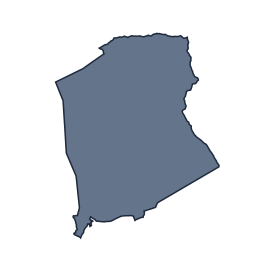 outline of San Antonio Huitepec, Oaxaca, Mexico, rotated 341°
{"feature_id": "50627088B88102129443376", "entity_name": "San Antonio Huitepec", "entity_type": "district", "adm_level": 2, "iso_a3": "MEX", "parent_name": "Mexico", "parent_adm1": "Oaxaca", "projection": "robinson", "projection_center": [-97.134, 16.922], "detail": "fine", "context": "isolated", "style": "filled", "palette": "slate", "viewbox_px": 256, "rotation_deg": 341, "n_neighbors": 0, "source": "geoboundaries", "source_scale": "gbopen_adm2", "svg_char_len": 4617}
<svg xmlns="http://www.w3.org/2000/svg" viewBox="0 0 256 256"><g transform="rotate(341 128 128)"><path d="M61.5,131.7L63.3,156.5L56.1,187.7L51.8,194.0L51.3,194.3L50.8,194.0L50.3,193.8L49.6,193.9L48.9,193.8L48.3,193.4L47.9,193.2L47.5,193.5L47.3,193.9L47.2,194.4L47.2,194.6L47.1,194.9L47.9,196.4L48.0,197.2L47.9,198.0L47.9,198.6L47.9,199.6L47.8,200.6L47.7,201.3L47.7,202.5L47.4,203.4L47.3,203.9L47.0,204.6L46.9,205.1L47.0,205.8L47.1,206.6L47.2,207.3L46.4,207.6L45.7,207.8L45.3,208.2L45.0,208.6L44.7,208.9L44.6,209.4L44.4,209.7L44.3,210.0L43.7,209.8L43.2,209.9L42.8,209.9L42.5,210.1L42.4,210.6L42.4,210.9L42.6,211.3L42.9,211.7L43.2,211.9L43.6,212.2L43.9,212.4L44.2,212.7L44.5,213.1L44.6,213.4L44.9,213.7L45.1,213.7L45.3,213.9L45.8,214.4L46.1,214.6L46.6,215.0L46.9,215.5L47.1,215.8L47.3,216.2L47.4,216.5L50.0,213.5L50.4,213.4L50.8,213.2L51.1,213.0L51.6,212.6L52.1,212.2L52.4,211.5L52.7,210.9L53.3,210.2L53.9,209.5L54.5,209.0L55.1,208.6L55.7,208.2L56.5,207.9L57.1,207.6L58.0,206.5L58.3,206.0L59.1,205.1L58.4,206.1L59.9,205.8L60.1,206.8L60.0,208.7L61.6,208.3L61.8,208.2L61.6,206.1L62.4,205.9L62.4,205.1L64.4,204.6L63.8,203.6L62.9,203.9L62.8,203.5L62.8,203.4L62.5,202.4L62.7,202.2L62.1,201.7L63.8,199.7L64.9,201.4L65.5,202.0L66.9,203.8L67.7,205.7L74.9,209.0L76.7,209.3L81.1,210.5L84.7,210.2L86.3,209.8L90.1,209.4L92.6,209.2L93.5,209.3L95.9,209.8L100.6,211.3L102.3,211.7L104.4,213.1L104.5,217.7L105.3,217.4L106.1,217.2L106.8,217.3L107.8,217.0L108.8,217.1L110.3,216.9L111.5,217.0L112.5,217.1L113.1,217.3L113.3,217.3L113.5,216.6L113.8,216.3L114.0,216.0L114.3,215.9L114.5,215.7L114.8,215.5L114.9,215.3L115.1,215.0L115.4,214.7L115.5,214.5L115.6,214.1L115.8,213.8L115.9,213.5L116.0,213.3L116.1,213.0L116.0,212.5L115.9,211.9L116.8,211.8L128.2,212.0L131.5,208.3L201.3,194.3L201.9,192.9L201.3,190.7L201.1,190.1L200.7,189.0L200.9,188.1L200.5,186.5L200.2,185.3L199.9,184.3L199.8,182.7L199.8,181.8L199.5,181.1L199.2,179.7L198.8,178.2L198.3,176.9L198.0,175.4L197.5,172.7L197.2,171.6L197.0,170.3L196.7,169.3L196.2,168.4L195.5,167.7L194.8,166.9L194.3,165.7L193.5,164.4L193.2,163.6L192.8,163.0L190.1,159.1L189.6,158.3L189.3,157.2L188.8,156.4L188.4,155.1L188.3,154.0L188.1,153.4L187.8,152.0L187.7,151.0L187.6,150.0L187.7,149.2L187.8,148.5L187.9,148.1L188.1,147.6L188.2,147.3L188.5,146.8L188.0,146.0L187.2,144.8L187.0,144.1L187.2,143.5L187.3,143.3L187.2,142.4L187.2,142.1L186.4,141.3L186.0,140.5L186.0,140.0L185.9,139.4L185.9,138.9L185.8,138.0L185.6,137.5L185.5,136.9L185.5,136.3L185.3,135.5L185.3,134.7L185.1,133.7L184.7,132.4L184.6,132.0L184.5,131.7L184.8,129.6L186.1,128.9L188.2,128.6L188.5,128.1L189.2,127.4L189.6,126.8L190.1,126.0L189.9,123.3L190.0,122.3L190.4,120.8L190.4,119.7L190.2,119.1L190.2,118.8L191.6,117.3L192.6,116.7L193.6,115.0L194.2,114.3L194.4,113.8L194.7,113.3L195.0,112.7L196.6,112.0L198.9,112.5L199.4,112.5L199.9,112.2L201.2,110.5L201.6,110.0L203.1,107.6L203.3,107.4L206.3,108.0L207.8,107.0L208.8,106.2L210.2,105.6L210.3,105.1L210.2,104.4L210.3,103.8L210.1,103.3L208.0,101.4L207.9,101.3L207.3,97.9L207.3,96.7L207.5,95.9L207.4,94.8L207.2,94.4L207.3,90.9L207.1,89.4L207.2,88.4L207.6,87.8L207.8,87.0L207.9,86.8L208.4,85.8L209.2,85.1L210.2,82.8L210.5,81.7L210.5,81.2L210.1,80.5L209.8,79.3L209.7,77.6L208.9,75.0L208.9,74.3L209.5,73.4L209.8,73.1L210.0,73.1L210.4,72.9L210.9,72.1L211.1,71.7L211.0,71.1L211.1,70.7L211.1,70.4L211.4,70.0L211.3,69.6L211.6,69.0L211.9,68.8L212.0,68.4L212.0,67.8L212.4,67.7L212.8,67.3L213.0,67.1L213.2,66.5L213.2,66.0L213.2,65.3L213.0,64.1L213.2,63.6L213.1,62.9L213.4,62.4L213.6,61.5L212.8,61.5L211.3,61.7L211.0,61.5L209.7,61.2L209.0,59.8L208.7,59.3L208.4,58.5L207.8,58.1L207.4,57.8L205.8,57.9L203.9,57.4L202.8,56.8L202.0,56.8L201.0,56.2L200.1,56.4L199.1,55.7L198.6,55.7L196.9,54.4L195.7,54.0L195.2,53.3L193.6,51.5L192.6,51.4L192.4,51.4L188.8,49.3L188.2,48.8L187.1,48.7L186.2,47.9L185.9,48.0L185.0,48.0L184.4,47.8L182.4,47.7L181.4,48.0L181.0,48.2L180.1,48.4L179.4,48.4L177.4,46.9L177.1,46.8L176.7,47.1L175.4,47.0L174.6,46.9L174.0,47.0L172.4,46.8L171.4,46.4L170.8,45.9L170.4,45.7L169.1,44.7L168.4,44.6L167.8,44.5L166.3,44.1L163.9,43.1L163.2,43.0L162.8,42.8L161.8,42.1L161.4,42.0L161.0,42.0L158.6,42.1L157.3,42.4L156.9,41.8L156.0,41.3L154.3,39.9L153.4,40.1L152.5,40.1L152.2,40.2L151.3,40.1L150.1,39.2L146.3,39.1L145.5,38.7L144.6,38.5L144.2,38.3L143.7,38.7L142.9,39.5L142.1,40.0L139.7,40.3L138.8,41.0L138.7,41.0L137.2,41.2L136.3,42.0L135.1,42.1L133.7,41.8L132.6,41.9L127.7,43.0L126.8,43.1L127.4,44.1L129.0,45.1L129.8,46.9L129.3,48.7L129.4,50.2L128.5,50.3L104.3,57.3L102.5,57.5L76.9,60.7L74.5,61.0L75.5,81.0L68.3,107.3L61.5,131.7L61.5,131.7Z" fill="#64748b" stroke="#1e293b" stroke-width="1.5"/></g></svg>